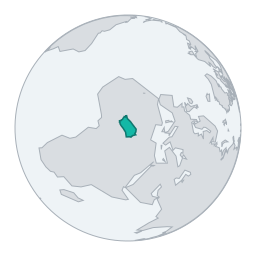 Agadez highlighted on a globe, orthographic projection, rotated 85°
{"feature_id": "NER-800", "entity_name": "Agadez", "entity_type": "Department", "adm_level": 1, "iso_a3": "NER", "parent_name": "Niger", "parent_adm1": "", "projection": "orthographic", "projection_center": [10.912, 19.426], "detail": "fine", "context": "on_globe", "style": "filled", "palette": "teal", "viewbox_px": 256, "rotation_deg": 85, "n_neighbors": 0, "source": "natural_earth", "source_scale": "10m", "svg_char_len": 10655}
<svg xmlns="http://www.w3.org/2000/svg" viewBox="0 0 256 256"><g transform="rotate(85 128 128)"><circle cx="128" cy="128" r="113" fill="#eef3f6" stroke="#a8b0b8"/><path d="M122.3,15.5L120.2,15.7L106.2,17.5L103.3,18.4L90.4,22.8L92.2,22.4L88.4,24.3L89.0,24.8L86.4,25.8L89.2,25.3L91.4,24.3L93.3,23.9L93.9,24.1L90.7,25.3L90.0,25.4L89.3,25.9L87.5,26.4L88.7,26.3L84.8,28.0L89.5,26.8L87.0,28.5L84.2,29.6L83.5,28.8L75.1,30.4L72.0,31.8L68.4,34.2L63.7,39.6L60.7,41.7L57.4,44.9L59.5,43.8L62.9,41.1L65.9,40.3L69.7,37.3L71.5,36.7L75.7,34.2L76.1,35.4L74.2,38.0L70.8,40.3L69.8,41.6L74.0,40.3L68.4,45.8L66.1,51.7L64.6,53.3L59.9,54.2L57.7,51.6L51.7,54.1L56.6,53.5L52.6,57.8L52.4,59.1L53.2,59.6L55.2,58.4L54.0,60.3L48.7,61.3L49.6,59.6L51.3,59.2L50.3,58.2L46.6,59.4L44.9,61.9L41.3,62.2L39.9,64.1L38.4,65.4L40.7,62.3L36.5,68.0L32.0,71.3L26.1,82.0L30.7,72.4L31.6,70.1L32.2,68.7L31.2,70.4L31.7,69.5L36.4,62.5L41.5,55.8L47.2,49.5L53.3,43.7L59.8,38.3L66.7,33.5L74.0,29.2L81.5,25.4L89.4,22.2L97.4,19.6L105.6,17.6L113.9,16.2L122.3,15.5ZM19.9,96.2L19.6,97.3L18.5,101.7L19.9,96.2ZM17.0,108.9L16.9,109.4L16.9,110.0L16.7,113.5L17.8,110.3L18.9,109.8L17.7,116.0L19.3,111.4L19.3,115.5L22.3,119.1L21.7,120.3L24.1,130.9L28.6,137.6L29.6,143.0L28.9,145.4L30.9,147.4L31.0,149.3L40.7,156.9L47.1,164.0L47.9,170.3L44.5,175.7L45.8,189.1L40.8,190.4L42.6,195.5L44.0,201.2L40.5,198.2L44.7,203.2L45.3,204.4L44.0,203.0L44.3,203.4L38.8,196.8L33.8,189.8L29.4,182.4L25.5,174.7L23.3,169.4L21.4,164.4L20.5,161.7L18.2,153.0L16.5,144.1L15.6,135.1L15.4,126.1L15.7,122.1L16.6,113.2L16.7,111.2L16.3,113.5L16.5,111.8L17.0,108.9ZM24.4,85.4L22.7,94.2L22.1,92.7L22.5,92.2L23.3,89.1L24.2,85.5L24.0,84.8L24.4,85.4ZM27.3,81.2L27.5,80.2L27.5,80.8L27.3,81.2ZM75.2,33.8L75.4,34.0L74.5,34.4L75.2,33.8ZM76.8,32.6L75.5,32.9L76.1,32.3L76.8,32.2L76.8,32.6ZM78.1,32.5L77.3,31.4L78.3,30.5L82.0,29.3L78.1,32.5ZM91.9,23.9L89.5,24.9L90.9,23.9L91.9,23.9ZM92.3,23.4L93.9,21.4L97.7,20.3L96.4,21.0L100.8,19.6L101.9,19.9L99.7,20.8L97.0,21.4L99.4,21.1L92.3,23.4ZM134.2,15.5L134.7,15.6L133.3,15.5L134.2,15.5ZM94.2,23.6L94.2,23.2L97.5,22.1L98.1,22.7L96.8,22.9L94.2,23.6ZM101.5,19.1L104.0,18.5L105.6,18.6L106.8,18.5L102.2,19.8L101.5,19.1ZM96.4,23.2L98.3,23.1L97.3,23.9L94.5,23.9L96.4,23.2ZM98.1,21.6L99.6,21.2L99.0,21.6L98.1,21.6ZM94.8,27.1L94.7,26.4L96.4,25.7L94.8,27.1ZM99.1,23.0L99.4,22.7L100.1,22.5L101.1,22.6L99.1,23.0ZM103.6,19.9L103.7,20.1L105.6,19.3L106.8,19.5L103.5,20.5L105.4,20.2L105.8,20.2L102.8,21.0L103.6,19.9ZM104.1,21.9L100.4,23.5L100.2,24.7L98.7,25.3L99.3,23.2L104.1,21.9ZM103.6,21.3L103.6,21.8L101.7,22.1L100.6,22.0L103.6,21.3ZM108.8,19.4L107.7,18.8L108.5,18.7L108.8,19.4ZM104.5,22.2L105.3,21.8L104.7,22.2L104.5,22.2ZM107.9,20.1L107.4,19.9L108.3,19.7L107.9,20.1ZM107.5,21.4L106.3,21.8L105.5,21.7L107.5,21.4ZM108.0,20.7L109.3,20.5L105.9,21.4L107.6,20.6L108.0,20.7ZM108.8,20.0L109.1,19.8L108.8,20.1L108.8,20.0ZM111.3,21.7L107.3,22.8L105.5,22.5L109.6,21.4L111.3,21.7ZM141.7,16.2L141.4,16.2L139.4,15.9L141.7,16.2ZM231.8,84.3L231.7,84.1L233.6,89.0L234.9,92.4L238.6,106.7L237.6,103.9L239.1,112.0L240.0,116.4L240.5,122.7L239.9,116.6L239.5,115.3L238.3,108.3L235.5,99.4L235.5,102.9L234.3,98.9L230.4,92.6L229.7,97.5L229.4,111.6L231.4,122.1L230.4,128.0L224.2,115.3L220.4,105.8L218.7,107.9L211.8,101.6L201.6,105.1L199.6,102.9L197.8,104.8L192.8,103.5L189.6,99.8L186.8,100.8L195.3,110.6L198.2,109.6L199.9,104.3L201.8,108.1L206.5,110.5L203.2,122.1L187.2,135.6L184.7,127.8L168.0,108.3L168.0,105.7L167.9,105.5L167.6,105.0L167.0,109.2L163.8,105.4L173.7,119.4L175.7,125.8L187.0,136.1L186.1,137.6L189.5,139.4L199.1,133.9L199.4,136.5L195.3,150.1L181.2,169.5L182.6,179.9L180.8,188.9L170.9,196.2L170.7,202.5L165.5,205.5L164.4,209.0L159.6,213.2L152.0,217.4L140.1,218.4L140.2,215.4L135.5,209.6L129.4,194.4L133.2,186.8L132.5,180.8L123.8,167.5L125.8,159.7L123.3,156.5L118.2,157.3L115.2,153.4L112.0,153.3L91.6,155.3L85.0,149.6L76.0,132.8L79.3,126.7L79.1,119.1L101.5,95.0L107.2,96.6L125.8,93.3L128.3,94.2L127.1,100.1L141.8,106.5L145.5,101.3L157.9,104.1L165.5,102.9L166.5,91.8L154.0,93.4L150.9,88.4L160.2,82.6L171.0,81.7L170.1,79.8L162.5,76.3L164.1,72.4L159.7,74.9L162.1,76.6L159.4,78.4L157.1,77.0L157.8,75.5L154.3,75.1L151.9,82.5L154.1,85.1L145.5,87.3L148.3,92.0L146.2,94.5L140.7,87.6L140.6,85.0L131.1,78.1L130.4,81.0L139.3,87.9L136.9,87.4L136.0,92.0L134.8,88.2L125.2,80.5L116.8,82.6L107.6,93.8L102.4,94.8L97.5,92.5L99.4,81.2L110.8,80.5L111.6,77.0L108.1,72.0L111.9,72.4L111.8,70.5L116.0,70.2L120.7,65.4L124.7,64.8L125.5,59.1L127.7,58.2L126.6,61.7L128.0,64.1L138.0,63.1L139.6,61.8L139.2,58.3L142.0,58.7L140.4,55.5L145.6,53.8L138.0,53.4L137.4,49.8L139.9,46.9L138.3,45.8L134.2,50.6L133.8,52.6L135.7,54.4L133.4,60.6L130.3,61.9L127.4,55.5L122.6,56.8L122.5,51.7L133.6,41.1L138.8,39.0L149.7,42.3L149.1,44.5L144.9,44.2L149.8,47.5L149.0,45.7L151.3,46.2L151.3,43.4L152.9,43.6L150.1,40.7L152.1,40.7L153.9,42.5L155.6,38.8L159.5,38.4L159.1,37.5L157.6,36.6L163.5,36.9L162.9,36.3L160.8,35.9L158.3,34.4L156.2,32.0L158.3,32.2L159.4,33.1L164.9,35.5L167.3,38.2L168.0,38.0L166.4,35.9L159.7,32.9L157.8,31.4L161.1,32.5L159.8,32.0L159.5,31.3L161.3,31.0L157.7,29.7L152.0,23.7L154.8,22.9L158.4,24.3L156.6,21.5L160.0,21.5L158.0,21.0L155.8,19.8L154.7,19.7L153.6,19.5L147.5,17.2L147.8,17.1L144.2,16.5L152.4,18.0L160.4,20.1L168.2,22.8L175.8,26.0L183.2,29.8L190.2,34.1L196.9,38.9L203.3,44.2L209.2,50.0L214.7,56.1L219.8,62.7L224.3,69.6L228.3,76.8L231.8,84.3ZM94.9,107.7L94.6,109.9L94.6,110.0L94.9,107.7ZM183.3,86.5L189.2,85.6L185.0,79.5L186.9,78.8L184.8,77.1L184.7,79.1L179.2,74.5L181.2,72.1L179.7,69.5L177.6,69.7L174.9,75.0L182.7,81.4L182.0,84.4L183.3,86.5ZM22.4,119.2L22.6,120.8L22.0,120.3L22.4,119.2ZM21.2,94.9L21.2,95.8L20.9,97.2L20.8,96.9L21.2,94.9ZM23.5,101.6L24.0,103.1L23.1,102.6L23.5,101.6ZM22.7,95.4L23.1,100.7L21.6,100.7L21.4,97.4L22.0,98.2L22.7,95.4ZM25.6,84.2L25.4,85.1L24.9,86.1L25.6,84.2ZM27.3,81.7L27.7,80.5L27.3,81.7ZM52.9,57.7L53.3,57.7L53.8,58.6L52.8,58.9L52.9,57.7ZM60.5,59.0L58.5,62.0L59.3,59.9L57.5,60.7L56.9,57.6L63.7,53.9L60.7,56.0L60.5,59.0ZM58.0,52.9L57.6,55.0L57.7,52.8L58.0,52.9ZM107.6,61.2L109.4,62.3L108.3,64.5L103.2,66.1L104.6,62.9L107.6,61.2ZM112.1,63.5L110.8,57.2L113.9,56.2L112.4,57.8L114.6,57.7L112.7,60.3L117.1,65.8L116.4,68.2L107.3,69.4L110.6,67.6L108.7,66.5L112.1,63.5ZM101.7,45.8L101.2,43.9L108.7,44.1L108.3,46.0L103.2,47.5L100.6,46.2L101.7,45.8ZM84.9,30.9L84.2,30.7L85.1,30.3L86.4,30.1L84.9,30.9ZM94.6,26.8L88.9,31.5L87.8,31.4L85.7,34.7L82.1,35.9L83.5,33.7L79.1,37.2L79.0,35.7L76.3,38.2L80.0,33.2L79.6,32.2L81.4,32.8L84.8,31.6L86.1,30.9L89.8,28.1L90.8,25.8L94.3,24.6L96.5,24.4L96.8,24.8L94.4,25.4L96.5,25.4L93.3,26.6L94.6,26.8ZM120.5,26.7L117.6,26.5L121.3,28.2L118.1,28.8L118.7,29.0L116.8,30.1L115.6,31.9L114.0,32.0L114.2,32.6L112.9,33.5L112.6,34.5L109.7,35.1L109.1,36.5L108.0,36.0L107.9,38.2L106.7,36.9L104.9,38.1L107.0,38.7L91.8,41.2L86.3,43.8L82.4,46.8L80.9,44.6L83.6,40.5L88.5,36.2L93.9,34.3L92.3,33.8L94.4,32.8L94.8,33.6L95.4,31.8L97.3,31.3L101.6,28.4L101.3,26.6L102.9,25.6L103.9,26.1L104.8,24.9L107.8,25.2L109.0,24.6L113.2,24.5L114.5,26.0L115.8,25.2L119.0,25.3L120.5,26.7ZM112.5,21.7L114.8,23.0L114.2,24.1L107.1,23.9L105.6,24.4L101.1,24.6L102.1,23.1L103.3,23.2L104.7,22.9L103.8,23.4L105.6,22.8L107.3,22.9L109.1,22.4L109.4,22.9L112.5,21.7ZM130.6,91.9L132.4,92.0L135.1,91.6L134.6,94.6L130.6,91.9ZM123.9,86.6L125.5,86.2L126.1,89.9L124.2,89.9L123.9,86.6ZM125.8,82.9L125.5,85.9L124.6,84.3L125.8,82.9ZM128.0,61.2L129.6,60.7L130.0,61.5L129.3,62.8L128.0,61.2ZM130.8,33.1L129.2,32.5L129.6,32.1L127.8,30.2L130.1,29.8L132.0,30.8L130.8,33.1ZM164.7,93.9L162.8,96.3L161.5,95.5L162.5,94.8L164.7,93.9ZM148.2,95.7L152.3,96.7L148.1,96.5L148.2,95.7ZM132.9,32.3L131.9,31.5L133.7,31.8L132.9,32.3ZM131.6,29.4L133.5,29.6L130.1,29.5L131.6,29.4ZM191.2,220.8L190.7,221.4L189.6,222.0L191.2,220.8ZM197.2,183.8L188.3,200.2L183.8,201.3L183.8,197.2L187.8,187.7L193.3,183.8L196.2,178.9L197.2,183.8ZM240.6,131.0L239.6,121.5L240.0,120.5L240.6,124.0L240.6,131.0ZM231.8,123.0L233.6,128.3L232.9,130.0L231.8,123.0ZM150.5,29.6L150.5,32.6L151.9,34.9L155.0,36.2L150.6,35.8L148.4,32.2L150.5,29.6ZM151.6,24.3L148.8,23.5L150.0,23.3L150.8,23.4L151.6,24.3ZM149.9,24.2L146.6,24.3L145.1,23.5L148.0,23.5L149.9,24.2ZM139.8,27.8L139.7,28.6L138.3,28.3L139.8,27.8ZM135.7,15.6L134.8,15.6L135.0,15.6L135.7,15.6ZM153.1,19.5L151.6,19.1L151.9,19.0L153.1,19.5ZM147.6,18.1L148.3,18.5L146.7,18.0L147.6,18.1ZM150.0,19.5L148.1,18.6L151.2,19.7L150.0,19.5Z" fill="#d9dde1" stroke="#a8b0b8" stroke-width="1"/><path d="M129.9,120.0L130.1,120.0L130.4,120.1L130.5,120.1L130.9,120.2L131.0,120.2L131.2,120.3L131.3,120.3L131.5,120.3L131.8,120.4L132.0,120.4L132.1,120.5L132.3,120.5L132.5,120.5L132.9,120.7L133.0,120.8L133.2,121.0L133.4,121.2L133.7,121.4L133.9,121.6L134.0,121.7L134.4,121.4L134.7,121.3L135.0,121.1L135.4,120.9L135.4,121.0L135.4,121.3L135.5,121.4L135.5,121.5L135.5,121.8L135.6,122.0L135.7,122.4L135.7,122.5L135.7,122.8L135.8,122.9L135.8,123.0L135.8,123.3L135.8,123.5L135.8,123.8L136.0,123.9L136.0,124.0L136.2,124.3L136.3,124.4L136.3,124.5L136.5,124.6L136.6,124.8L136.5,125.0L136.6,125.3L136.8,125.5L137.0,125.7L137.1,125.8L137.2,126.0L137.3,126.0L137.2,126.3L137.1,126.5L137.0,126.8L136.9,126.9L136.9,127.0L136.9,127.3L136.9,127.5L136.9,127.8L136.8,128.0L136.8,128.3L136.8,128.5L136.8,128.8L136.8,129.0L136.8,129.3L136.8,129.5L136.7,129.8L136.7,130.0L136.7,130.3L136.7,130.5L131.9,130.8L130.5,131.5L130.1,131.7L130.1,131.8L129.4,132.0L128.6,132.5L128.1,132.7L125.0,134.7L124.3,135.0L123.5,135.4L123.2,135.5L122.7,135.5L122.2,135.6L121.4,135.5L121.2,136.0L120.8,135.8L120.7,135.7L120.0,135.8L119.9,134.6L119.9,134.3L119.9,134.2L119.6,134.2L119.4,134.0L119.4,133.9L119.0,132.9L118.8,132.7L118.4,132.4L117.4,131.7L117.1,131.3L116.8,131.0L116.8,130.9L116.7,130.7L116.4,130.7L116.5,130.4L116.5,130.2L116.5,129.9L116.8,129.4L116.6,129.3L115.6,129.3L115.6,129.0L115.6,128.8L115.6,128.6L115.6,128.3L116.0,128.3L116.3,128.2L116.7,128.1L117.0,128.1L117.6,128.0L118.0,127.9L118.4,127.8L118.5,127.8L118.8,127.6L119.0,127.4L119.2,127.2L119.4,127.1L119.5,127.0L119.6,126.9L119.8,126.7L120.1,126.5L120.2,126.4L120.3,126.3L120.4,126.2L120.5,126.1L120.8,125.9L121.0,125.7L121.3,125.5L121.4,125.4L121.5,125.2L121.9,124.9L122.1,124.9L122.3,124.7L122.5,124.6L122.8,124.4L123.0,124.3L123.2,124.2L123.3,124.1L123.5,124.0L123.6,123.9L123.8,123.8L124.0,123.7L124.3,123.5L124.5,123.4L124.8,123.2L125.0,123.1L125.2,122.9L125.3,122.9L125.5,122.8L125.6,122.7L125.8,122.6L126.0,122.5L126.1,122.4L126.3,122.2L126.5,122.2L126.8,121.9L127.0,121.9L127.2,121.7L127.3,121.6L127.6,121.5L127.7,121.4L127.8,121.3L127.9,121.2L128.1,121.1L128.3,121.0L128.4,120.9L128.6,120.8L128.7,120.7L128.8,120.7L129.0,120.5L129.2,120.4L129.3,120.4L129.5,120.2L129.8,120.0L129.9,120.0Z" fill="#14b8a6" stroke="#0f766e" stroke-width="1.5"/></g></svg>